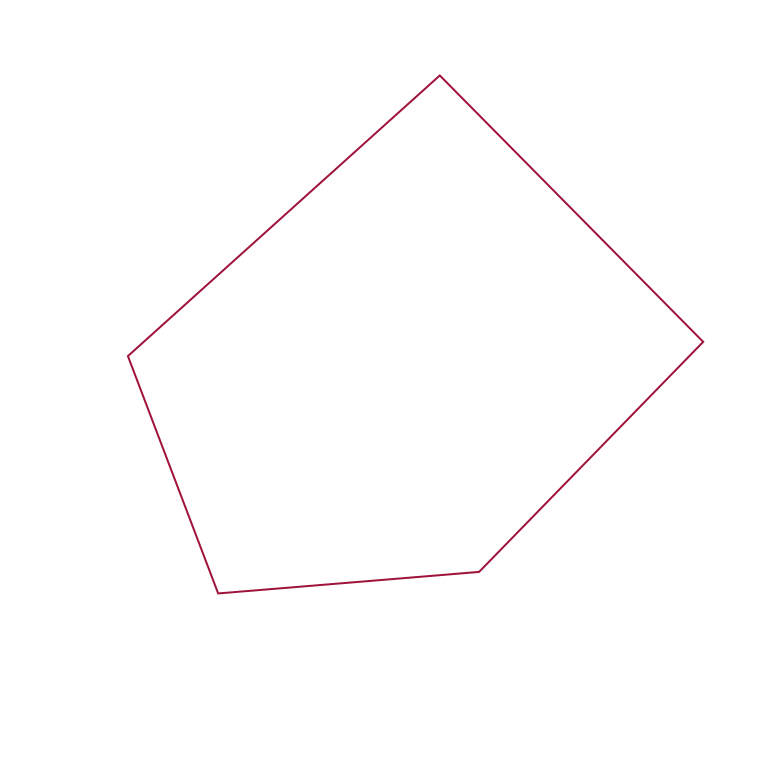 Baile Tusnad, Covasna, Romania, rotated 312°
{"feature_id": "2599482B64409374014432", "entity_name": "Baile Tusnad", "entity_type": "district", "adm_level": 2, "iso_a3": "ROU", "parent_name": "Romania", "parent_adm1": "Covasna", "projection": "orthographic", "projection_center": [25.855, 46.122], "detail": "fine", "context": "isolated", "style": "outline", "palette": "rose", "viewbox_px": 768, "rotation_deg": 312, "n_neighbors": 0, "source": "geoboundaries", "source_scale": "gbopen_adm2", "svg_char_len": 238}
<svg xmlns="http://www.w3.org/2000/svg" viewBox="0 0 768 768"><g transform="rotate(312 384 384)"><path d="M308.0,580.4L628.9,593.0L650.6,219.0L233.4,175.0L117.4,400.9L308.0,580.4Z" fill="none" stroke="#9f1239" stroke-width="2"/></g></svg>